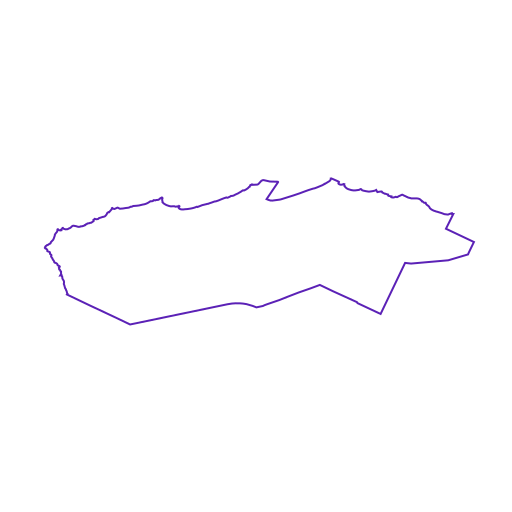 Bayside (Vic.), Victoria, Australia, rotated 107°
{"feature_id": "25037944B24270951064752", "entity_name": "Bayside (Vic.)", "entity_type": "district", "adm_level": 2, "iso_a3": "AUS", "parent_name": "Australia", "parent_adm1": "Victoria", "projection": "orthographic", "projection_center": [145.013, -37.94], "detail": "fine", "context": "isolated", "style": "outline", "palette": "violet", "viewbox_px": 512, "rotation_deg": 107, "n_neighbors": 0, "source": "geoboundaries", "source_scale": "gbopen_adm2", "svg_char_len": 6121}
<svg xmlns="http://www.w3.org/2000/svg" viewBox="0 0 512 512"><g transform="rotate(107 256 256)"><path d="M158.2,79.6L158.6,80.7L157.8,81.0L158.0,81.6L158.8,82.5L159.1,83.1L159.5,83.6L160.0,84.1L160.3,84.7L160.9,88.1L160.7,91.0L160.7,95.9L160.8,96.7L160.7,97.4L160.7,99.0L160.5,100.5L160.2,101.9L159.7,103.1L159.4,103.7L158.5,104.6L158.1,105.1L157.6,106.2L157.2,107.4L156.7,108.4L156.2,108.8L155.5,109.3L155.5,109.6L155.8,110.0L155.9,110.5L155.9,110.9L155.0,113.0L155.2,113.4L154.7,113.8L153.7,116.2L153.7,117.9L153.8,118.5L154.0,119.4L155.5,124.2L155.5,125.6L155.6,127.1L155.6,127.8L155.4,128.5L155.4,129.3L155.2,130.0L154.9,132.4L154.6,133.8L154.8,134.4L156.1,135.8L157.3,137.2L158.3,138.0L158.5,138.5L158.6,139.1L158.5,139.6L159.2,140.6L159.8,141.5L160.1,142.5L160.2,143.2L160.2,143.8L160.1,144.0L159.4,144.0L159.6,145.2L159.7,147.0L159.5,147.3L158.6,147.6L158.7,149.0L158.6,150.6L158.8,151.0L158.3,153.9L157.9,154.1L157.6,154.6L157.7,155.2L158.2,156.2L158.4,156.8L159.4,158.6L157.7,160.4L158.6,161.2L159.6,162.9L160.2,164.1L161.3,166.5L161.5,167.1L161.9,170.0L162.0,171.4L162.1,172.2L162.1,173.7L161.8,174.3L161.4,174.8L161.4,175.5L162.7,176.9L164.3,180.4L164.8,182.0L165.1,184.2L165.1,185.7L165.1,186.5L165.1,187.3L164.9,188.6L164.6,189.5L164.0,190.7L163.3,191.8L162.8,191.8L162.5,192.3L162.1,192.6L161.5,192.6L161.5,193.2L162.7,194.7L162.9,195.4L163.1,196.0L163.1,196.8L163.0,197.5L162.8,198.1L162.3,198.5L161.3,198.3L160.9,198.3L160.7,198.8L160.4,201.2L160.1,203.7L160.0,204.5L159.8,206.8L160.0,207.1L160.3,206.9L161.4,207.0L162.7,207.5L163.2,207.9L167.1,211.4L167.0,211.6L168.7,213.0L172.1,217.1L173.9,219.4L174.4,220.2L174.8,221.0L177.7,225.2L180.1,228.4L183.4,232.7L187.2,238.0L194.6,248.8L195.2,249.9L198.2,256.5L198.7,258.3L198.7,260.7L198.5,262.5L179.0,256.5L178.8,256.5L178.7,256.6L178.6,256.9L180.7,264.4L181.2,270.9L181.4,271.5L181.9,272.2L182.6,272.9L186.4,274.7L187.1,275.3L187.4,275.8L188.8,279.7L188.7,279.9L188.9,280.1L188.7,280.5L188.8,281.0L189.0,281.2L189.7,281.5L189.8,282.1L190.1,282.2L191.6,282.3L191.9,282.8L192.6,283.1L193.7,283.7L195.2,284.9L196.1,285.8L196.9,286.7L196.9,287.3L197.2,287.9L199.5,289.7L199.9,290.2L201.3,291.4L203.4,293.8L204.3,294.6L204.7,295.1L205.1,295.6L205.7,296.8L205.9,297.5L206.9,298.3L208.5,300.1L208.7,300.6L208.7,301.6L209.1,302.0L209.8,303.1L211.6,305.4L214.0,308.3L215.5,310.4L216.0,311.6L217.9,314.1L219.0,315.7L220.2,317.2L220.4,317.9L220.8,318.4L221.8,320.1L223.1,322.3L225.1,324.8L225.8,325.8L226.2,326.1L226.2,326.5L226.2,327.0L226.3,327.2L227.1,328.1L228.2,329.7L229.0,331.0L229.8,332.5L230.1,333.1L231.2,335.4L232.0,337.5L232.8,339.3L233.3,341.2L233.3,341.8L233.2,343.0L232.7,343.9L232.4,344.2L232.1,344.4L231.6,344.3L231.4,344.0L231.1,343.7L230.7,343.9L230.6,344.3L230.8,344.4L231.2,344.4L231.5,344.7L231.6,345.2L231.5,345.7L232.0,346.5L232.4,347.5L232.3,348.6L232.8,350.2L233.4,351.8L233.5,352.4L233.6,353.8L233.5,355.9L233.5,356.5L233.0,358.7L232.7,359.7L232.2,360.6L232.0,361.1L231.5,361.3L231.2,361.3L230.1,362.0L229.2,362.3L228.0,362.3L227.6,362.8L227.7,363.4L228.1,363.7L228.4,364.0L229.3,364.8L229.6,364.8L230.0,365.0L230.3,365.4L230.8,365.8L231.1,366.3L231.2,366.8L231.4,367.2L231.6,367.8L232.3,368.6L232.4,369.3L232.4,369.8L232.6,370.3L233.6,370.7L234.2,371.8L234.6,373.1L235.1,373.4L237.0,375.1L237.9,376.1L238.6,377.0L239.3,378.1L239.9,379.3L241.2,381.5L241.9,382.7L242.7,384.5L243.7,387.0L243.9,387.6L244.2,388.2L244.7,388.6L245.0,389.1L245.4,389.7L245.6,390.4L246.5,391.2L247.2,392.3L248.2,394.6L249.5,397.2L249.8,398.0L250.6,400.0L250.2,402.3L250.3,402.7L252.4,405.1L252.5,406.1L252.4,406.8L252.1,407.4L252.4,407.8L253.3,407.6L257.1,409.3L257.1,409.7L257.1,409.9L257.3,410.1L258.1,410.5L258.5,410.9L259.9,411.0L261.8,411.8L262.3,412.2L263.1,413.2L263.3,413.8L264.8,415.9L265.5,417.0L265.9,417.4L266.5,417.6L266.9,418.1L267.5,419.3L267.6,420.0L267.6,421.1L268.0,421.3L269.1,422.0L269.5,421.6L270.1,421.5L272.1,423.1L272.5,423.5L272.7,424.2L273.5,425.2L274.0,426.4L274.4,426.9L275.0,427.2L275.3,427.8L276.4,428.3L276.5,428.8L277.0,429.0L277.4,429.6L277.8,430.0L278.1,430.6L278.5,431.1L279.0,432.5L279.5,432.9L280.0,434.2L280.1,434.9L280.1,436.9L280.2,437.7L280.3,438.6L280.4,439.4L280.7,440.0L281.1,440.4L281.6,440.8L282.8,441.4L283.8,442.2L284.1,442.7L285.5,444.1L285.7,444.7L286.2,446.0L286.2,446.9L286.2,447.7L286.1,448.5L285.6,448.9L285.7,449.2L286.4,449.3L287.0,449.6L287.7,450.1L288.3,449.7L288.7,450.4L288.9,451.7L288.8,452.3L288.3,453.3L288.6,453.6L289.1,453.6L289.7,453.4L290.4,453.3L291.1,453.4L293.0,454.2L294.4,454.6L295.1,454.4L295.7,454.4L298.2,454.5L299.8,454.7L300.4,455.0L300.9,455.3L301.6,455.6L302.2,455.9L302.7,456.2L303.9,456.2L304.4,456.5L304.7,457.1L305.2,457.4L306.3,458.3L306.4,458.7L306.6,459.0L307.1,459.2L308.0,460.0L308.4,460.0L308.9,460.3L309.4,460.2L309.6,460.0L310.0,460.2L310.3,459.8L310.3,459.2L310.5,458.9L310.5,458.5L310.9,457.8L311.2,457.4L312.3,457.0L312.4,456.4L312.5,455.9L312.5,454.5L312.9,454.1L313.6,453.7L314.1,453.7L314.6,452.9L314.7,452.2L315.0,451.9L315.4,451.8L316.4,451.8L317.2,450.9L317.8,450.0L318.8,449.3L319.5,448.2L320.3,447.4L320.9,447.1L321.2,446.6L321.2,445.2L321.6,443.9L321.9,443.6L322.9,442.9L322.9,442.6L322.9,442.2L323.2,440.9L323.4,440.6L323.7,440.5L324.2,440.8L324.5,441.1L324.9,441.1L325.8,440.4L326.3,440.3L326.5,440.0L326.5,439.5L327.9,438.3L327.9,437.9L329.7,437.3L330.4,437.2L331.8,437.5L331.7,437.3L331.2,437.0L330.8,436.6L331.1,436.3L331.6,436.2L332.1,435.8L332.2,435.4L334.2,434.5L334.6,434.1L335.8,432.7L336.3,432.3L337.9,431.7L338.7,431.7L339.3,431.4L339.7,431.0L340.7,430.3L341.3,430.0L342.2,429.3L342.8,429.0L343.1,428.4L343.5,428.0L344.1,427.7L344.9,426.9L346.0,426.2L346.5,426.0L347.2,425.4L347.3,425.2L348.1,425.5L351.9,400.3L355.7,373.7L358.3,356.4L310.5,269.2L308.5,265.1L307.2,261.7L306.0,257.7L305.3,254.5L304.8,251.0L304.7,244.6L305.0,240.6L301.8,234.8L300.5,233.4L298.9,231.3L291.3,220.8L286.0,214.2L278.4,204.5L271.1,194.5L265.0,186.5L267.2,172.0L270.6,146.0L270.8,145.7L271.3,145.3L271.4,145.0L275.0,119.9L219.0,111.4L217.9,105.5L203.9,70.9L192.5,53.7L190.5,53.5L178.9,51.7L174.4,82.3L158.2,79.6Z" fill="none" stroke="#5b21b6" stroke-width="2"/></g></svg>